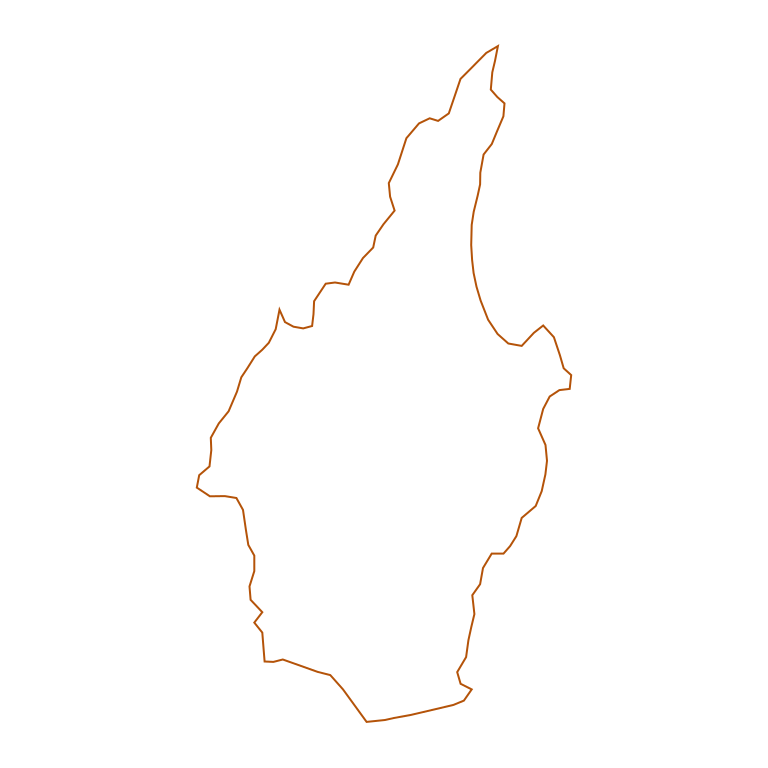 Garopaba, Santa Catarina, Brazil (Equal Earth projection)
{"feature_id": "56859067B6248133710185", "entity_name": "Garopaba", "entity_type": "district", "adm_level": 2, "iso_a3": "BRA", "parent_name": "Brazil", "parent_adm1": "Santa Catarina", "projection": "equal_earth", "projection_center": [-48.655, -28.032], "detail": "fine", "context": "isolated", "style": "outline", "palette": "amber", "viewbox_px": 768, "rotation_deg": 0, "n_neighbors": 0, "source": "geoboundaries", "source_scale": "gbopen_adm2", "svg_char_len": 1617}
<svg xmlns="http://www.w3.org/2000/svg" viewBox="0 0 768 768"><path d="M463.9,700.6L471.7,689.4L460.6,683.8L457.2,672.1L466.1,657.1L468.4,640.3L471.3,627.0L474.4,614.1L472.3,595.2L480.1,584.2L483.0,568.0L491.7,553.6L503.5,553.6L510.1,546.1L516.4,536.1L521.7,517.9L535.7,506.0L541.7,491.2L545.4,474.4L547.0,460.8L545.5,445.0L538.1,428.3L543.2,408.9L549.7,396.5L559.4,390.1L569.7,388.9L571.2,375.1L563.7,368.3L559.9,355.2L553.9,337.2L543.2,325.5L533.9,332.8L521.7,345.9L508.3,343.5L497.6,334.0L488.1,319.7L480.6,300.5L476.5,286.7L473.6,273.0L472.1,259.9L471.2,245.1L471.7,224.9L473.7,211.8L477.7,195.5L480.1,184.4L480.3,172.7L483.6,154.5L491.8,144.0L497.0,131.4L503.4,116.3L504.5,103.4L497.4,97.1L490.8,89.6L492.3,72.3L495.0,60.9L497.9,46.1L486.3,52.9L476.5,62.8L469.0,70.4L460.5,78.9L455.4,94.0L448.8,113.4L438.1,120.9L429.7,118.3L419.0,123.4L406.4,138.2L397.9,164.4L388.8,183.1L390.1,196.7L394.6,210.6L383.5,224.2L375.7,235.6L373.2,247.5L363.0,258.0L354.3,271.6L348.6,284.7L335.0,282.5L325.7,283.7L314.1,301.2L313.5,314.1L312.1,326.0L303.2,328.4L293.5,326.7L285.0,322.1L279.5,309.7L275.7,329.2L268.8,342.8L262.2,349.8L254.8,356.4L247.3,368.3L241.3,377.3L237.0,391.6L228.6,411.3L218.8,423.4L210.8,437.8L211.3,450.1L209.5,466.4L199.2,475.2L196.8,487.6L209.9,496.3L224.8,496.1L236.4,498.0L243.0,509.9L245.9,529.8L248.3,544.9L254.3,555.6L254.3,571.1L249.5,586.4L250.6,599.8L262.3,612.2L254.3,622.6L262.3,632.6L263.6,649.1L264.6,661.5L273.4,661.9L282.8,659.5L317.7,671.9L330.3,675.1L343.0,689.4L366.6,721.9L385.0,720.0L393.9,718.0L411.0,714.9L453.5,704.9L463.9,700.6Z" fill="none" stroke="#b45309" stroke-width="2"/></svg>